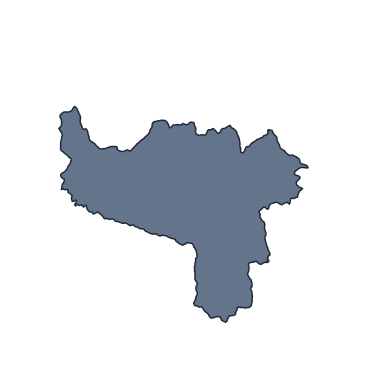 outline of Ituiutaba, Minas Gerais, Brazil, rotated 332°
{"feature_id": "56859067B2687887940000", "entity_name": "Ituiutaba", "entity_type": "district", "adm_level": 2, "iso_a3": "BRA", "parent_name": "Brazil", "parent_adm1": "Minas Gerais", "projection": "albers", "projection_center": [-49.543, -18.985], "detail": "fine", "context": "isolated", "style": "filled", "palette": "slate", "viewbox_px": 384, "rotation_deg": 332, "n_neighbors": 0, "source": "geoboundaries", "source_scale": "gbopen_adm2", "svg_char_len": 6067}
<svg xmlns="http://www.w3.org/2000/svg" viewBox="0 0 384 384"><g transform="rotate(332 192 192)"><path d="M227.3,289.1L226.0,288.3L226.7,287.5L227.6,287.3L227.7,285.6L228.9,285.0L229.6,284.2L230.8,284.4L231.7,283.4L232.1,281.7L232.0,278.6L232.4,277.7L232.8,275.9L232.8,274.3L234.5,267.3L235.0,266.3L236.9,264.8L237.3,263.8L238.1,262.9L238.5,260.0L239.1,257.6L240.1,256.4L240.8,255.2L241.6,253.0L240.4,249.8L240.3,246.0L241.6,243.8L241.9,242.5L241.6,241.2L242.4,240.4L246.1,239.6L247.3,239.1L248.4,239.0L249.4,240.1L249.9,241.8L250.9,242.8L251.9,242.5L253.5,240.6L255.5,239.4L260.9,240.3L262.4,241.2L264.5,244.7L265.6,245.5L268.1,245.3L270.2,245.4L271.2,246.0L272.3,248.3L273.3,247.7L274.9,245.4L276.3,244.2L277.5,244.3L278.7,245.5L279.9,245.7L281.2,245.5L282.4,246.1L283.3,245.5L283.9,244.4L284.7,243.7L287.0,242.0L288.3,241.4L289.5,241.5L291.1,240.8L290.4,239.6L289.4,238.6L288.8,237.6L288.0,235.3L287.9,234.0L288.4,232.7L289.1,232.0L293.6,230.6L294.4,229.3L293.8,228.1L291.1,225.4L290.9,224.3L291.6,223.1L292.5,222.4L293.4,222.1L297.4,221.4L298.6,221.4L299.7,221.6L301.1,222.2L304.8,224.7L305.8,225.0L306.0,223.9L305.9,222.9L305.2,221.8L304.3,220.7L301.6,218.3L301.3,217.2L302.0,214.0L302.0,212.7L300.5,209.7L299.6,208.8L298.3,206.7L297.3,206.2L296.2,206.0L295.1,205.4L293.6,202.2L293.0,199.1L292.5,198.0L291.0,195.9L290.6,193.5L291.2,191.9L291.2,188.0L291.6,185.3L292.4,184.0L292.6,182.8L291.8,180.8L291.3,178.3L291.6,175.3L290.8,174.7L289.1,173.0L287.8,173.2L286.6,176.1L285.6,176.4L284.3,176.3L282.9,176.4L281.5,176.0L279.4,177.0L278.3,176.5L276.1,176.6L273.5,176.1L272.3,176.8L270.5,176.7L266.9,177.1L265.6,177.7L264.3,178.5L263.2,178.4L262.3,177.8L261.3,177.8L260.2,178.1L257.2,180.8L256.3,181.1L255.0,181.1L253.9,180.1L254.1,178.6L255.2,176.9L255.6,175.8L255.6,174.5L256.0,173.3L256.9,172.3L258.6,167.5L259.0,165.2L258.9,163.8L259.5,160.0L259.5,158.8L258.7,156.1L257.0,153.6L256.9,151.1L255.7,150.9L250.4,151.2L249.0,150.4L247.3,150.5L246.2,151.2L245.3,152.3L243.8,152.7L242.6,152.3L241.9,150.9L241.6,149.2L240.8,146.4L239.8,145.6L238.4,146.3L235.8,144.8L234.5,145.2L231.4,147.7L229.8,147.8L227.6,146.0L225.1,145.6L223.1,143.1L222.9,141.9L223.4,140.3L225.0,138.3L225.3,137.3L225.5,134.1L226.1,132.6L226.0,131.3L224.9,130.7L224.1,129.9L222.7,129.6L220.9,130.3L219.3,130.2L217.7,129.3L216.8,127.9L215.8,127.1L214.6,127.6L213.1,127.5L210.9,125.5L209.6,125.4L206.8,124.0L205.1,124.5L203.9,125.2L202.6,124.8L202.4,123.1L202.8,121.8L202.8,120.2L202.7,118.5L202.3,117.4L201.8,116.3L200.7,115.4L198.7,114.3L191.4,112.1L190.4,112.3L189.4,112.8L188.6,113.6L187.1,115.9L185.9,116.7L184.5,117.3L182.1,119.6L180.8,120.3L179.5,120.8L176.1,121.5L174.8,122.1L170.7,122.5L168.4,123.4L165.8,123.7L164.5,124.4L158.4,126.4L157.2,127.0L156.0,126.3L155.2,125.0L154.2,124.2L151.8,124.2L150.5,124.0L149.1,123.4L146.4,120.6L146.1,119.3L146.6,118.4L146.9,117.2L146.1,116.0L141.6,113.8L135.3,112.8L134.1,112.1L132.1,111.6L131.2,111.0L130.2,108.9L129.4,106.8L128.8,103.7L126.2,98.8L126.1,97.2L127.1,94.3L127.2,93.2L128.2,89.6L128.4,88.1L128.2,86.6L125.7,85.6L125.0,85.0L125.6,82.4L125.9,78.7L126.3,77.2L128.5,74.0L129.1,71.9L129.0,70.3L129.3,67.7L129.4,64.2L129.2,62.7L128.3,61.3L126.8,61.9L124.4,63.5L122.6,63.8L120.8,63.5L116.4,61.3L113.0,61.6L111.3,62.6L110.7,64.1L110.6,66.8L109.3,69.9L107.4,72.5L104.3,73.3L104.5,77.3L104.8,78.5L104.1,81.1L102.3,82.9L101.4,84.4L100.0,85.8L98.7,87.6L97.0,91.0L96.2,92.0L96.0,94.1L97.1,96.0L97.3,97.0L99.5,101.9L99.5,103.0L100.1,104.6L101.0,105.8L100.7,107.0L99.5,107.8L98.0,109.6L95.0,110.9L92.4,113.1L88.9,114.3L85.5,114.4L84.1,115.1L83.6,116.6L83.7,118.3L85.1,120.7L84.6,121.9L83.6,123.1L81.4,124.2L80.3,125.2L79.0,127.4L78.0,128.4L79.6,128.7L80.3,129.9L81.6,130.7L82.7,131.0L83.4,131.6L82.4,134.4L83.6,136.2L84.4,138.4L84.0,139.4L82.6,140.9L82.2,142.1L81.9,144.1L83.2,144.7L85.6,144.6L85.6,146.0L84.5,147.0L83.3,147.4L82.4,148.5L82.8,149.6L84.1,148.8L85.1,149.5L85.8,150.8L88.5,151.6L88.7,153.0L89.3,154.4L91.0,153.7L92.3,154.0L91.6,156.4L91.4,157.6L91.5,159.2L91.9,160.9L92.6,161.8L93.9,162.1L94.4,163.6L94.4,164.9L95.4,165.3L99.4,165.4L101.1,169.4L102.0,172.7L101.9,173.8L102.5,174.7L104.5,175.5L106.2,177.4L108.4,178.0L109.5,178.7L110.1,179.8L110.3,181.1L110.9,182.1L113.1,183.7L115.9,187.0L117.1,187.6L118.6,187.9L120.0,189.7L120.9,191.8L122.2,192.9L124.2,193.1L125.0,193.8L125.1,194.9L125.6,195.8L127.1,197.3L128.9,200.0L131.0,201.3L132.1,202.2L132.2,203.7L133.0,205.3L133.9,206.3L135.4,208.6L137.1,210.5L140.8,212.3L142.0,214.8L143.2,215.8L145.5,216.2L149.0,219.0L149.6,220.2L151.5,222.7L154.2,225.1L155.1,226.1L154.7,227.1L155.0,228.3L156.5,231.7L157.6,232.9L158.2,234.0L159.2,234.7L160.6,234.6L161.9,234.8L164.0,234.6L165.1,235.1L165.8,235.9L167.8,237.3L168.3,239.6L167.9,240.5L167.8,241.7L168.2,243.3L168.2,245.0L168.0,246.4L167.5,247.5L167.1,249.5L166.5,250.7L165.8,251.8L163.9,252.5L162.9,254.6L161.3,256.2L160.6,257.6L159.5,258.6L158.4,260.5L158.1,261.6L157.2,262.6L156.9,264.2L155.7,266.6L155.3,268.1L154.3,269.0L153.8,270.1L153.5,272.6L153.9,274.3L153.5,275.9L152.4,276.4L150.6,278.3L149.9,279.4L149.2,284.0L148.5,285.1L147.6,285.5L145.7,287.0L144.4,288.8L141.2,291.0L141.1,292.4L141.4,294.0L143.1,294.6L143.6,296.2L144.4,297.0L145.9,297.4L146.7,298.7L147.2,300.1L147.0,302.6L149.0,307.3L149.1,308.8L148.8,310.1L149.4,311.7L150.3,312.8L154.7,313.5L157.0,314.5L158.1,315.8L158.1,319.6L160.5,322.7L162.1,322.5L165.2,319.7L166.3,319.2L167.7,319.2L170.5,320.4L171.6,320.6L172.7,320.5L173.5,319.9L174.0,318.7L175.0,317.9L176.2,317.4L177.0,316.5L177.6,315.3L179.0,315.4L179.7,316.2L180.5,316.7L181.8,317.2L184.1,319.1L185.1,319.6L188.3,320.7L189.8,320.6L190.9,320.1L192.6,318.0L193.4,317.4L194.8,314.8L196.4,312.4L196.8,310.8L197.9,308.6L198.2,307.5L197.9,306.3L198.2,305.0L199.5,304.1L200.4,303.8L201.2,302.7L201.5,301.7L202.3,300.1L202.9,297.0L202.4,295.6L202.3,293.6L202.3,291.8L202.6,290.4L205.0,288.3L206.4,286.3L208.1,282.2L208.8,281.4L211.8,282.1L213.6,283.0L216.2,283.0L216.5,284.4L217.6,286.9L218.5,288.0L219.8,288.3L222.5,288.2L223.6,288.5L225.8,289.7L227.3,289.1Z" fill="#64748b" stroke="#1e293b" stroke-width="1.5"/></g></svg>